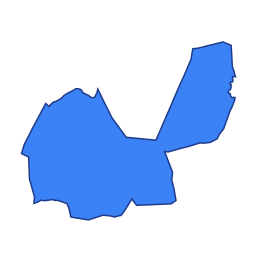 San Pedro Coxcaltepec Cántaros, Oaxaca, Mexico, rotated 6°
{"feature_id": "50627088B12949539755090", "entity_name": "San Pedro Coxcaltepec Cántaros", "entity_type": "district", "adm_level": 2, "iso_a3": "MEX", "parent_name": "Mexico", "parent_adm1": "Oaxaca", "projection": "natural_earth1", "projection_center": [-97.096, 17.53], "detail": "fine", "context": "isolated", "style": "filled", "palette": "blue", "viewbox_px": 256, "rotation_deg": 6, "n_neighbors": 0, "source": "geoboundaries", "source_scale": "gbopen_adm2", "svg_char_len": 2110}
<svg xmlns="http://www.w3.org/2000/svg" viewBox="0 0 256 256"><g transform="rotate(6 128 128)"><path d="M221.9,35.0L213.5,32.5L201.0,37.0L189.3,41.3L184.2,42.4L183.8,47.3L183.6,52.8L177.8,71.7L175.8,77.3L170.7,93.4L167.9,102.9L165.5,110.2L159.7,128.9L157.0,137.2L152.0,137.2L144.1,137.3L138.9,137.3L127.2,137.4L123.7,133.6L110.8,119.3L108.4,115.4L105.0,110.2L94.6,93.6L93.9,92.5L93.5,95.9L93.1,97.0L92.7,97.9L92.5,98.5L92.3,99.2L92.0,100.2L91.1,101.1L89.4,101.7L88.1,101.4L87.3,100.9L86.6,100.7L85.4,99.6L84.4,99.5L82.3,98.7L81.8,98.3L80.8,98.2L79.8,98.2L79.3,97.2L78.4,96.2L77.4,94.9L76.2,94.4L74.1,94.2L71.9,94.4L70.7,95.5L68.2,97.3L66.7,98.2L65.9,98.7L64.9,99.3L64.3,99.8L63.2,100.5L61.9,101.7L60.7,102.6L59.3,104.6L58.6,105.3L57.9,106.2L56.5,106.8L55.8,107.6L55.4,108.0L54.4,108.5L53.8,109.0L52.7,109.4L51.6,109.7L50.2,111.0L49.5,111.9L49.1,112.2L47.9,113.6L47.2,114.8L43.6,112.2L33.1,138.1L26.5,155.4L24.8,164.6L32.2,167.2L35.4,189.2L42.2,206.3L42.3,212.8L46.1,211.0L49.2,208.8L52.4,209.1L60.7,207.0L61.7,207.0L61.9,207.6L65.9,207.4L75.2,209.5L77.9,214.6L80.5,222.5L82.7,222.7L98.3,223.5L112.3,217.3L119.8,217.3L123.9,217.9L126.5,216.9L126.9,216.7L130.3,215.6L133.8,209.6L139.2,198.3L144.7,204.0L178.8,198.9L183.3,195.1L180.0,183.4L176.9,174.9L177.0,167.5L166.9,147.7L170.5,147.6L182.2,142.9L190.3,139.9L201.1,135.3L204.5,135.2L211.1,133.8L213.8,132.1L217.8,129.4L218.2,128.4L219.4,125.0L222.1,120.6L223.1,119.2L227.3,102.0L227.7,100.0L228.8,97.7L231.1,89.5L231.2,86.5L230.0,86.4L229.4,86.6L228.9,86.9L228.5,86.9L227.6,86.5L227.1,86.0L226.7,85.3L226.4,84.2L226.1,83.3L225.4,82.8L224.7,82.8L224.4,82.9L224.1,82.6L224.0,81.6L224.3,80.5L224.6,79.9L225.0,79.6L225.5,79.3L226.0,78.7L226.0,78.4L226.0,77.8L226.1,77.4L226.3,76.8L226.2,76.4L226.1,76.0L226.0,75.4L226.1,75.0L226.2,74.7L226.2,74.3L226.0,74.2L225.8,74.2L225.5,74.1L225.3,73.7L225.0,72.7L225.0,71.9L225.3,71.9L226.4,71.7L226.8,71.5L227.3,70.7L227.4,69.6L227.3,68.8L227.0,68.3L226.6,67.4L226.4,66.6L226.6,66.1L229.6,65.7L229.3,65.1L228.0,62.2L227.6,60.9L225.3,56.0L223.6,44.9L221.9,35.0Z" fill="#3b82f6" stroke="#1e3a8a" stroke-width="1.5"/></g></svg>